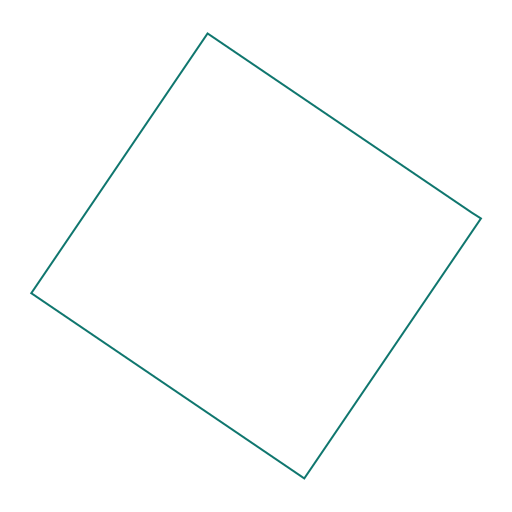 the district of Sheridan, Kansas, United States of America, rotated 34°
{"feature_id": "52423323B35369935479840", "entity_name": "Sheridan", "entity_type": "district", "adm_level": 2, "iso_a3": "USA", "parent_name": "United States of America", "parent_adm1": "Kansas", "projection": "robinson", "projection_center": [-100.445, 39.35], "detail": "fine", "context": "isolated", "style": "outline", "palette": "teal", "viewbox_px": 512, "rotation_deg": 34, "n_neighbors": 0, "source": "geoboundaries", "source_scale": "gbopen_adm2", "svg_char_len": 231}
<svg xmlns="http://www.w3.org/2000/svg" viewBox="0 0 512 512"><g transform="rotate(34 256 256)"><path d="M90.5,412.5L420.4,413.4L421.5,99.1L410.5,99.4L91.4,98.6L90.5,412.5Z" fill="none" stroke="#0f766e" stroke-width="2"/></g></svg>